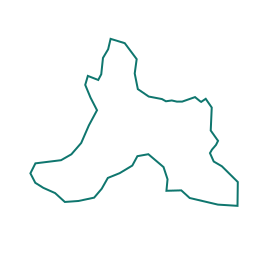 map outline of Priekulu (Mercator projection), rotated 83°
{"feature_id": "LVA-5794", "entity_name": "Priekulu", "entity_type": "Municipality", "adm_level": 1, "iso_a3": "LVA", "parent_name": "Latvia", "parent_adm1": "", "projection": "mercator", "projection_center": [25.467, 57.339], "detail": "fine", "context": "isolated", "style": "outline", "palette": "teal", "viewbox_px": 256, "rotation_deg": 83, "n_neighbors": 0, "source": "natural_earth", "source_scale": "10m", "svg_char_len": 822}
<svg xmlns="http://www.w3.org/2000/svg" viewBox="0 0 256 256"><g transform="rotate(83 128 128)"><path d="M195.0,25.6L218.6,28.8L215.0,48.1L205.0,75.3L196.4,82.7L195.0,97.5L183.7,95.0L171.1,97.5L156.5,111.0L157.1,122.1L165.8,128.3L171.8,141.8L175.1,154.1L185.1,161.5L193.0,170.1L194.4,186.1L193.7,199.7L183.7,208.3L177.1,219.3L171.1,226.7L161.1,230.4L151.8,224.2L151.8,198.4L147.2,187.4L137.2,176.3L120.6,166.5L106.6,156.6L93.3,161.5L80.0,165.2L71.4,161.5L76.7,151.7L71.4,148.0L55.4,144.3L47.4,138.1L37.4,134.4L43.4,120.9L60.7,111.0L74.7,114.7L90.6,113.5L99.3,103.6L103.4,90.8L106.1,87.1L106.0,81.2L107.8,76.2L108.4,71.0L105.5,57.7L110.1,53.3L111.0,52.2L108.5,47.3L117.9,42.4L140.6,46.2L151.7,40.2L155.5,42.7L159.7,47.3L162.9,49.7L171.7,47.0L177.4,39.5L195.0,25.6Z" fill="none" stroke="#0f766e" stroke-width="2"/></g></svg>